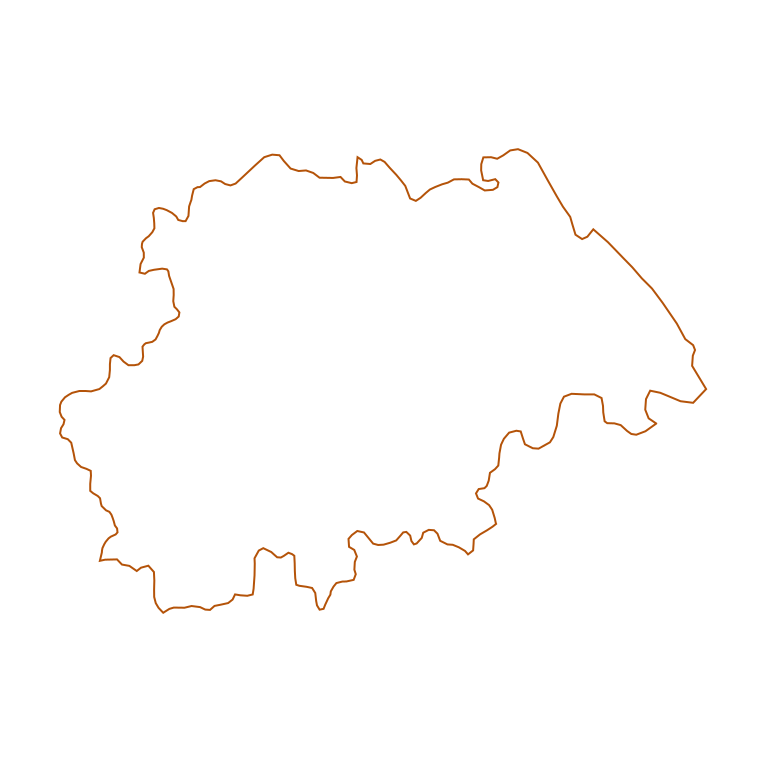 Shchuchyn, Grodno, Belarus, rotated 94°
{"feature_id": "67162791B66420794580046", "entity_name": "Shchuchyn", "entity_type": "district", "adm_level": 2, "iso_a3": "BLR", "parent_name": "Belarus", "parent_adm1": "Grodno", "projection": "orthographic", "projection_center": [24.728, 53.725], "detail": "fine", "context": "isolated", "style": "outline", "palette": "amber", "viewbox_px": 768, "rotation_deg": 94, "n_neighbors": 0, "source": "geoboundaries", "source_scale": "gbopen_adm2", "svg_char_len": 4668}
<svg xmlns="http://www.w3.org/2000/svg" viewBox="0 0 768 768"><g transform="rotate(94 384 384)"><path d="M202.9,587.4L209.6,588.6L213.8,589.0L216.2,589.7L220.5,590.8L226.2,590.8L230.0,590.8L235.4,593.3L235.6,596.1L234.7,600.7L231.4,602.9L228.1,607.5L225.7,612.9L224.6,616.6L224.1,620.8L225.7,625.0L229.4,626.3L234.4,625.2L239.7,624.4L244.7,623.9L248.7,625.7L253.0,629.0L255.2,631.6L258.9,634.7L261.1,635.2L264.4,635.2L269.7,632.8L274.7,632.4L281.3,635.2L289.8,635.7L290.7,630.2L287.6,626.5L286.1,621.4L284.4,613.3L284.8,608.5L286.6,607.0L291.2,605.9L303.9,600.5L310.0,600.0L316.1,600.0L321.6,598.5L323.8,595.9L326.9,593.1L331.0,593.5L333.9,596.4L336.3,601.0L337.8,604.2L339.8,607.3L342.4,609.7L345.9,611.5L348.7,612.1L352.0,613.4L355.5,615.0L358.1,618.1L359.2,621.8L359.9,624.4L361.2,625.9L363.6,627.5L367.5,627.0L373.5,626.2L377.8,626.8L381.6,630.3L382.7,634.5L383.1,640.2L379.8,645.4L375.6,649.8L374.1,655.7L377.2,658.6L383.3,658.8L389.2,658.4L396.4,658.6L403.0,661.4L405.9,664.3L408.9,667.6L411.8,675.7L411.8,681.6L412.2,687.3L414.6,694.5L416.8,697.8L419.5,701.3L424.1,704.6L427.6,705.7L434.6,705.5L439.2,703.3L442.1,700.2L446.5,700.9L450.6,703.1L455.9,703.7L459.8,701.3L461.1,695.6L464.4,691.9L474.7,688.8L481.5,687.0L484.6,684.6L487.9,680.4L489.4,674.9L491.1,670.5L496.0,669.9L504.1,670.1L511.1,669.6L513.3,666.5L515.7,661.7L517.8,659.3L523.1,658.0L525.5,657.1L529.4,652.5L530.7,649.0L533.4,646.8L536.4,645.4L539.5,644.1L543.9,642.6L546.7,640.2L550.6,639.5L552.8,641.2L555.3,645.8L557.2,648.0L560.8,650.6L563.4,651.9L567.3,653.4L569.7,653.7L571.7,653.7L580.2,655.1L578.7,649.9L577.6,638.1L582.4,632.8L583.2,625.3L585.6,621.3L587.8,617.6L584.2,613.6L581.7,606.4L587.6,600.4L596.1,599.4L605.2,599.0L612.5,598.4L618.5,596.4L623.0,593.3L625.4,590.7L627.6,588.3L623.3,582.4L621.7,578.1L621.1,567.4L618.9,560.5L619.4,551.9L621.5,546.6L621.5,541.8L617.2,537.6L615.6,531.7L613.4,524.2L609.6,520.0L604.3,517.9L604.8,512.5L604.8,505.6L603.1,500.3L597.3,499.8L591.4,499.8L584.0,499.8L572.2,500.4L566.9,501.0L558.9,497.3L556.2,493.0L559.5,484.7L562.1,481.4L564.3,478.5L564.3,474.8L562.5,472.0L559.0,467.6L560.1,463.9L561.6,461.5L569.0,460.6L576.7,459.9L583.9,459.0L590.4,457.5L591.2,454.4L591.7,447.2L592.5,441.5L597.3,438.0L605.3,436.5L609.5,435.4L613.6,432.5L612.5,428.6L608.4,427.3L601.6,424.7L597.9,422.8L594.6,422.6L589.6,420.2L585.9,417.6L584.0,411.8L583.6,407.7L581.5,400.6L575.7,398.9L571.3,400.6L563.5,400.7L558.0,399.0L551.6,402.1L548.9,407.5L541.0,408.6L536.9,405.5L532.5,400.4L533.5,393.6L538.9,388.5L544.0,383.7L545.0,378.6L544.3,373.2L541.9,366.7L539.2,360.9L534.4,357.2L530.7,354.5L530.0,351.4L533.4,347.3L538.7,345.7L541.9,343.0L540.8,340.3L534.9,335.6L529.6,334.5L526.4,329.2L526.4,323.9L529.6,320.2L536.5,317.0L539.6,309.5L539.6,304.2L541.7,297.9L544.9,291.5L548.1,288.3L543.8,283.5L537.4,283.5L532.7,283.6L527.3,277.7L522.8,271.1L518.8,265.8L515.7,262.4L514.8,262.8L510.0,264.2L501.9,267.3L497.5,270.7L494.1,276.1L491.7,282.2L486.7,284.6L482.2,282.2L480.9,276.5L478.5,274.4L473.1,272.8L465.2,272.1L461.2,267.3L457.4,264.3L449.3,264.0L445.2,264.0L436.4,263.0L430.3,260.6L423.8,255.8L421.4,248.7L421.8,244.3L428.6,241.6L434.3,239.2L437.7,231.1L437.7,225.3L430.6,214.4L425.1,211.4L413.6,208.7L401.4,208.0L391.2,206.7L384.1,203.6L380.7,196.2L380.4,183.6L379.7,173.5L382.8,166.0L390.6,164.0L397.0,163.3L405.8,161.3L407.5,158.6L407.2,151.4L408.5,145.0L413.9,138.2L416.6,133.8L417.0,128.8L412.9,119.9L404.5,109.7L404.4,109.7L399.8,117.6L391.4,121.6L380.8,121.6L372.1,118.0L373.5,107.8L375.7,101.2L380.5,87.0L381.2,74.3L366.6,62.3L344.4,77.9L334.2,77.9L328.4,76.1L323.7,78.3L318.2,86.6L303.3,96.1L283.6,111.7L270.1,123.3L260.6,134.2L250.3,144.4L242.3,153.4L226.9,170.5L215.1,186.0L222.9,191.4L225.6,196.5L221.7,203.4L211.7,207.2L204.3,209.9L194.6,217.9L184.6,224.8L169.5,234.8L152.4,245.9L143.5,257.0L140.4,266.7L142.2,274.4L147.6,281.0L151.4,286.8L150.3,293.0L151.0,300.7L157.9,302.3L164.1,302.0L173.8,299.3L174.2,294.3L171.9,287.3L175.0,283.9L179.7,284.6L182.7,288.9L183.9,297.0L181.1,302.8L178.0,309.8L174.1,313.6L174.3,320.8L175.0,328.5L178.7,334.4L180.7,339.9L183.9,346.6L186.8,351.8L190.7,355.8L195.7,360.5L199.1,365.0L197.1,370.9L184.9,376.6L179.7,381.3L174.5,386.3L168.1,393.2L162.4,398.9L160.3,403.3L162.0,408.4L165.5,413.0L165.4,420.0L162.0,421.9L159.6,426.2L170.5,426.6L177.8,425.5L184.4,425.5L185.9,430.2L184.7,437.2L180.5,441.8L182.0,449.2L182.7,462.7L178.4,469.3L176.4,476.7L177.5,484.0L175.6,492.2L168.5,499.5L163.1,504.2L163.0,511.5L166.1,519.3L175.0,527.9L187.6,539.6L194.4,546.0L196.6,551.0L195.6,556.4L193.2,560.7L192.5,566.3L193.8,572.5L196.5,576.9L200.4,581.3L200.6,583.7L202.9,587.4Z" fill="none" stroke="#b45309" stroke-width="2"/></g></svg>